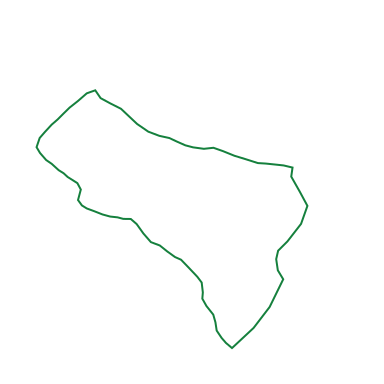 the district of Agios Nikolaos Ammochostou, Cyprus, rotated 139°
{"feature_id": "46923920B28206074202604", "entity_name": "Agios Nikolaos Ammochostou", "entity_type": "district", "adm_level": 2, "iso_a3": "CYP", "parent_name": "Cyprus", "parent_adm1": "", "projection": "robinson", "projection_center": [33.679, 35.322], "detail": "fine", "context": "isolated", "style": "outline", "palette": "green", "viewbox_px": 384, "rotation_deg": 139, "n_neighbors": 0, "source": "geoboundaries", "source_scale": "gbopen_adm2", "svg_char_len": 1122}
<svg xmlns="http://www.w3.org/2000/svg" viewBox="0 0 384 384"><g transform="rotate(139 192 192)"><path d="M100.1,144.5L105.4,151.9L110.5,157.4L117.7,165.1L123.3,170.6L130.0,181.6L136.2,191.5L141.8,202.5L146.8,211.3L154.7,216.8L161.9,225.0L166.4,231.6L170.3,239.9L173.7,247.6L179.8,255.8L185.4,266.2L188.8,279.4L189.9,290.4L191.0,301.4L195.5,312.4L199.4,322.8L198.3,332.2L202.8,334.0L206.7,335.5L218.4,335.5L229.0,336.0L237.4,335.5L245.8,334.9L253.7,334.9L263.7,333.8L271.5,332.7L279.9,327.8L281.1,321.2L281.1,311.8L279.4,305.3L278.3,295.9L276.6,290.4L276.0,284.9L272.7,273.9L274.3,266.8L283.3,260.7L283.9,254.1L282.2,248.6L278.3,241.5L274.3,233.8L269.9,227.2L264.8,221.7L261.5,216.8L255.9,211.8L254.8,204.1L255.9,192.6L255.9,181.1L251.4,172.8L249.7,163.5L247.5,154.1L244.7,148.1L244.1,136.6L243.6,124.5L244.1,117.3L249.7,109.1L254.2,104.7L255.9,96.5L256.4,85.5L259.8,78.3L264.3,71.2L265.4,62.4L265.4,55.8L264.2,48.0L263.2,48.0L234.7,49.0L208.8,54.3L180.4,66.3L178.6,76.6L172.5,86.1L165.5,91.2L152.4,92.1L130.6,96.4L114.0,105.8L110.5,121.3L107.0,138.5L100.1,144.5Z" fill="none" stroke="#15803d" stroke-width="2"/></g></svg>